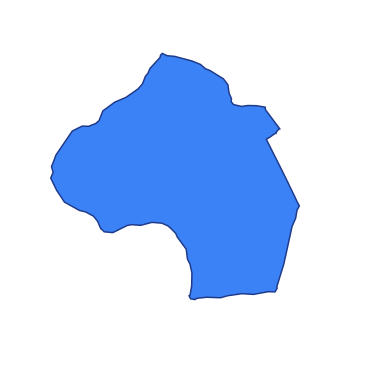 Huité, Zacapa, Guatemala, rotated 324°
{"feature_id": "79465075B89457517012818", "entity_name": "Huité", "entity_type": "district", "adm_level": 2, "iso_a3": "GTM", "parent_name": "Guatemala", "parent_adm1": "Zacapa", "projection": "albers", "projection_center": [-89.697, 14.912], "detail": "fine", "context": "isolated", "style": "filled", "palette": "blue", "viewbox_px": 384, "rotation_deg": 324, "n_neighbors": 0, "source": "geoboundaries", "source_scale": "gbopen_adm2", "svg_char_len": 1309}
<svg xmlns="http://www.w3.org/2000/svg" viewBox="0 0 384 384"><g transform="rotate(324 192 192)"><path d="M200.4,321.6L204.2,320.0L205.1,318.4L224.1,304.1L252.7,278.7L260.5,274.1L266.2,268.5L270.7,266.3L271.3,261.6L272.3,256.8L274.6,243.6L275.2,240.7L277.8,225.4L283.1,193.0L286.8,193.4L291.4,193.4L294.0,193.6L294.4,193.9L294.8,193.6L295.2,193.2L296.9,192.7L299.0,192.2L300.1,192.5L299.8,168.6L301.1,166.4L294.9,160.1L288.1,154.9L282.3,151.8L277.0,145.7L276.8,142.0L278.8,139.7L280.1,133.8L284.1,126.3L283.9,118.9L277.9,104.2L275.3,100.2L273.9,93.9L269.2,86.3L257.7,72.1L252.1,67.2L249.4,62.4L247.0,62.8L245.2,64.4L230.8,67.3L226.0,70.1L222.5,70.9L215.3,75.5L208.8,76.9L194.1,76.6L182.3,73.9L167.6,74.0L158.7,79.6L154.4,80.0L147.0,78.1L141.8,74.1L131.0,72.3L103.7,82.1L96.5,86.9L93.3,88.8L91.2,94.5L85.9,97.7L83.5,111.0L82.9,125.3L90.1,140.8L94.1,145.4L98.1,153.6L98.4,160.4L96.6,168.1L97.2,169.9L97.6,172.6L103.8,178.1L105.5,178.6L120.0,181.0L123.9,182.9L130.9,188.8L141.7,193.0L149.2,199.4L152.5,205.0L153.6,209.7L154.5,215.9L153.6,220.1L153.7,234.9L148.9,243.6L148.0,249.1L144.4,257.4L136.5,267.8L129.9,274.2L128.6,274.2L128.1,277.6L131.2,280.8L133.6,280.9L141.9,285.7L152.9,294.3L160.1,297.0L172.6,303.6L181.6,311.0L195.0,317.4L200.4,321.6Z" fill="#3b82f6" stroke="#1e3a8a" stroke-width="1.5"/></g></svg>